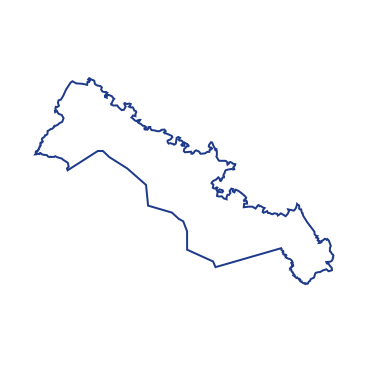 Wassa Amenfi West, Western, Ghana, rotated 116°
{"feature_id": "2480657B13145859726554", "entity_name": "Wassa Amenfi West", "entity_type": "district", "adm_level": 2, "iso_a3": "GHA", "parent_name": "Ghana", "parent_adm1": "Western", "projection": "natural_earth1", "projection_center": [-2.483, 5.745], "detail": "fine", "context": "isolated", "style": "outline", "palette": "blue", "viewbox_px": 384, "rotation_deg": 116, "n_neighbors": 0, "source": "geoboundaries", "source_scale": "gbopen_adm2", "svg_char_len": 6019}
<svg xmlns="http://www.w3.org/2000/svg" viewBox="0 0 384 384"><g transform="rotate(116 192 192)"><path d="M134.8,334.3L136.4,334.7L136.8,332.6L138.2,332.7L138.8,334.2L141.6,333.2L142.8,338.0L145.1,343.6L144.9,348.0L146.9,349.1L155.4,350.1L161.9,349.9L166.4,350.3L168.1,352.1L170.7,351.6L172.8,349.4L174.8,350.4L175.1,351.7L176.6,351.5L177.8,350.4L178.9,350.9L180.2,350.0L178.5,348.9L180.2,346.3L179.9,342.9L181.9,339.8L185.8,339.4L188.4,341.4L190.7,342.3L192.4,343.7L192.5,344.2L193.5,344.3L193.7,344.9L194.8,344.7L196.8,345.6L197.5,346.7L199.1,347.4L200.3,348.5L203.2,347.4L204.5,347.8L205.6,349.0L206.8,348.7L209.6,350.2L210.7,349.9L212.0,348.3L212.3,348.7L213.1,348.5L213.9,349.6L214.4,349.1L215.4,349.5L216.2,348.4L217.2,348.5L217.7,349.0L218.8,348.4L219.9,348.9L220.9,348.3L221.8,348.9L223.3,348.6L223.6,348.9L223.4,349.7L224.0,350.1L224.7,350.0L225.7,349.2L226.9,349.4L226.3,348.4L225.6,348.0L224.8,345.8L223.6,345.7L223.4,345.4L223.9,343.4L223.8,342.4L222.5,338.5L223.3,336.8L222.9,335.1L222.2,334.5L222.1,333.5L220.7,331.1L219.8,330.6L219.9,329.0L219.0,323.5L219.5,322.1L220.1,316.8L220.5,316.1L223.4,313.9L225.6,314.7L227.0,313.3L196.4,294.6L194.2,290.1L196.9,281.5L199.2,260.6L205.8,236.4L223.5,225.5L219.3,201.1L221.9,192.2L222.2,187.0L229.5,179.2L246.0,171.1L245.2,142.6L249.2,137.9L203.6,87.4L204.0,87.2L203.9,86.6L204.8,86.2L205.2,84.0L206.4,84.2L206.8,83.8L206.8,83.1L207.6,82.9L207.5,82.5L208.0,81.8L207.2,80.2L207.6,79.5L208.8,79.9L209.1,79.2L209.5,79.1L209.3,78.8L209.8,78.0L209.6,77.2L209.8,76.3L209.3,74.8L209.7,72.7L210.3,71.6L210.9,71.4L211.1,70.9L211.9,71.5L212.3,70.5L212.7,70.9L212.8,70.7L212.9,69.4L213.7,68.9L213.8,69.4L214.6,69.3L214.6,69.8L215.2,69.6L215.2,69.4L215.9,69.8L215.9,69.5L217.7,70.3L218.0,69.4L218.5,69.5L218.3,69.1L218.6,68.4L219.8,67.6L220.0,66.2L220.7,65.6L220.8,65.0L221.5,64.7L221.6,64.3L222.6,64.4L222.6,63.6L222.1,63.0L223.0,62.4L223.1,61.2L223.5,60.6L222.9,60.1L223.3,59.8L222.9,57.3L223.5,56.1L223.9,56.1L224.1,56.7L224.8,55.6L224.9,54.9L224.4,54.2L224.8,54.0L225.1,52.5L225.0,50.8L224.7,50.8L224.8,50.1L224.5,50.2L224.1,49.6L224.2,48.6L223.5,47.7L221.6,47.8L220.2,47.0L218.3,47.1L215.4,44.8L211.6,45.5L210.4,45.4L208.3,42.8L207.8,41.8L205.1,40.0L202.6,37.4L202.9,35.8L203.3,34.9L203.2,34.2L200.9,31.9L198.9,33.2L197.6,36.4L196.9,37.0L196.7,37.8L197.1,39.5L196.1,40.6L194.2,37.4L192.8,36.3L191.0,36.1L189.5,36.6L189.0,36.3L187.9,37.0L187.1,37.0L186.5,37.8L186.3,39.3L185.1,40.7L184.8,42.1L181.8,43.5L179.6,43.6L175.7,47.7L175.0,49.6L175.9,50.0L175.6,51.2L176.0,52.2L178.1,53.1L179.1,54.1L180.2,53.6L181.6,54.6L182.2,55.6L180.5,55.5L180.2,56.0L180.6,57.3L180.4,57.9L178.5,58.0L178.2,58.8L178.5,60.3L176.7,60.0L177.0,61.3L176.7,62.1L176.0,63.4L174.0,64.6L168.8,74.9L164.6,81.7L162.6,83.3L162.8,83.7L161.9,84.7L159.8,86.3L160.3,87.2L159.9,88.5L158.5,88.9L157.1,90.0L157.2,91.1L156.7,92.3L160.0,91.6L162.5,91.7L164.1,92.4L165.5,98.0L166.9,96.4L169.9,96.4L172.7,97.3L172.2,102.7L175.5,104.5L174.3,106.1L175.0,108.6L176.7,109.9L177.0,111.1L176.8,112.8L177.5,114.6L176.2,116.0L179.3,118.6L179.0,119.7L176.8,120.2L174.6,119.7L174.8,122.0L174.5,123.8L175.1,125.1L174.5,126.3L175.1,126.9L179.0,127.6L178.7,131.3L180.2,134.4L183.0,138.8L179.7,140.0L178.3,137.4L176.4,138.5L176.1,139.6L177.2,141.2L176.7,141.7L174.1,140.7L173.4,140.8L172.5,142.5L171.4,146.7L170.7,150.5L170.7,153.5L171.0,154.2L173.0,153.7L173.8,153.8L173.6,155.6L171.4,156.5L171.7,158.1L174.7,158.6L176.0,157.1L178.4,157.5L178.9,158.8L179.7,158.9L181.9,158.5L183.4,157.7L183.8,160.4L182.8,163.5L184.2,165.6L184.6,167.8L181.4,168.8L180.3,168.4L179.1,164.6L177.7,164.4L177.0,165.2L177.5,168.2L179.0,169.0L179.9,170.2L179.0,171.2L177.0,171.1L177.1,172.0L178.7,172.7L179.2,173.9L179.1,175.1L175.9,176.1L175.6,178.3L175.0,178.4L173.0,177.9L169.9,175.6L167.3,174.8L167.9,172.8L168.7,172.6L169.6,171.3L169.0,170.7L165.6,170.9L164.9,169.7L163.9,170.0L163.5,170.9L161.9,171.3L160.7,171.0L159.0,171.4L157.4,171.1L154.8,167.8L153.9,166.3L153.8,165.0L153.0,164.0L152.1,164.8L151.8,165.6L150.7,165.6L149.5,165.0L148.0,165.3L148.7,167.9L148.2,169.0L148.3,170.7L149.0,171.5L150.1,171.3L151.8,172.1L149.8,173.5L149.3,175.0L149.6,176.3L152.0,181.2L152.0,181.7L149.5,185.6L147.9,185.8L144.2,187.7L143.4,188.6L144.2,189.2L144.0,189.6L142.8,189.1L142.7,190.7L141.5,192.5L138.7,195.6L139.0,196.8L142.1,197.3L143.7,196.9L144.1,195.9L143.7,193.9L144.1,193.1L145.3,193.4L146.1,194.6L148.3,194.0L149.2,195.8L151.6,197.3L153.9,201.1L152.6,203.4L152.8,206.6L154.3,207.5L155.9,207.6L157.4,208.3L157.8,209.3L156.7,209.7L156.2,210.5L159.4,215.8L158.8,217.3L156.5,217.9L155.0,217.1L153.3,217.0L152.5,215.4L152.1,215.2L151.7,215.5L150.9,217.4L151.1,219.1L150.8,220.7L151.2,221.1L152.1,219.9L154.0,219.3L154.8,221.4L154.3,222.2L152.2,221.5L150.7,222.6L150.4,224.2L151.3,225.7L150.8,226.9L148.6,226.4L148.6,228.5L150.1,229.5L155.5,227.8L156.7,228.3L157.4,229.0L157.1,229.7L157.6,232.9L158.7,234.2L157.9,235.7L156.9,236.4L155.8,236.0L154.7,234.8L153.8,234.3L151.2,233.7L150.6,234.4L150.4,235.7L150.7,241.1L151.2,242.3L150.7,243.3L148.8,242.4L148.0,244.2L149.6,246.9L150.5,246.9L151.9,248.3L152.8,250.5L152.9,252.2L154.1,255.5L153.0,257.5L151.9,258.0L152.7,259.6L155.0,259.2L155.5,259.4L156.5,262.0L155.6,262.7L154.3,261.6L153.6,262.2L153.5,263.8L154.0,265.0L153.3,267.7L153.3,270.6L152.8,271.6L152.1,271.3L151.3,270.3L149.9,270.2L150.2,270.9L152.7,273.4L152.7,274.8L151.6,278.2L151.6,279.0L149.0,278.5L148.6,276.1L146.8,277.0L144.6,277.1L144.0,277.8L144.0,279.6L142.0,282.0L142.0,282.9L142.8,283.8L142.9,286.1L141.1,285.5L139.8,285.6L139.9,287.0L141.5,289.1L141.5,291.3L141.9,291.6L142.3,291.6L143.2,290.7L144.4,289.0L148.0,289.3L149.2,291.0L148.3,294.5L147.0,297.4L148.6,300.1L148.9,302.7L148.4,303.4L146.9,303.0L144.4,303.3L142.3,302.8L142.1,304.1L141.0,306.1L141.3,309.6L141.5,309.9L143.5,310.8L144.6,310.0L144.8,311.9L143.5,312.5L139.9,311.6L139.8,313.1L140.4,314.1L141.0,316.5L139.7,318.6L137.5,318.9L137.0,320.9L137.8,323.7L137.6,325.8L137.4,326.6L134.8,328.7L135.0,331.7L134.8,334.3Z" fill="none" stroke="#1e3a8a" stroke-width="2"/></g></svg>